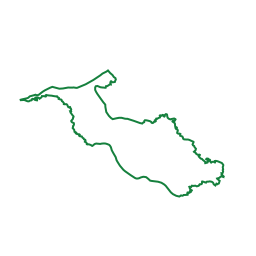 outline of District #1, Grand Bassa, Liberia, rotated 120°
{"feature_id": "62588387B32884824633153", "entity_name": "District #1", "entity_type": "district", "adm_level": 2, "iso_a3": "LBR", "parent_name": "Liberia", "parent_adm1": "Grand Bassa", "projection": "equal_earth", "projection_center": [-10.179, 6.235], "detail": "fine", "context": "isolated", "style": "outline", "palette": "green", "viewbox_px": 256, "rotation_deg": 120, "n_neighbors": 0, "source": "geoboundaries", "source_scale": "gbopen_adm2", "svg_char_len": 5843}
<svg xmlns="http://www.w3.org/2000/svg" viewBox="0 0 256 256"><g transform="rotate(120 128 128)"><path d="M157.5,234.8L155.6,231.9L155.1,228.4L154.5,227.2L153.3,226.6L152.5,225.6L152.0,225.3L151.3,225.7L150.4,225.2L150.1,224.3L150.2,222.7L149.8,221.2L149.5,220.6L148.0,221.4L147.8,221.9L148.5,223.0L148.4,223.4L147.9,223.4L147.3,222.4L146.6,221.2L146.6,220.0L146.7,219.7L146.8,219.2L146.1,219.1L145.7,218.7L144.9,218.4L144.2,218.3L143.4,218.5L142.5,216.8L141.9,215.0L141.5,214.9L140.8,215.6L140.3,215.4L140.0,214.3L139.3,212.6L138.1,210.1L137.7,208.8L136.8,206.5L136.0,205.3L136.1,204.9L136.5,204.7L136.6,204.2L136.5,202.8L136.7,202.6L137.2,202.6L137.5,202.5L137.2,201.2L136.8,200.1L137.0,199.4L137.3,199.2L137.8,198.6L137.8,197.7L138.7,195.6L139.2,195.6L139.4,195.5L139.1,194.7L138.7,194.1L138.1,193.1L138.5,191.9L139.4,190.8L139.8,190.0L139.6,189.4L139.3,189.3L138.8,188.7L139.1,188.2L139.8,187.7L139.9,187.0L140.4,186.4L141.7,186.1L142.1,185.5L142.4,185.6L142.6,186.3L143.4,185.4L143.7,184.6L144.7,182.4L145.1,181.1L145.5,180.7L146.4,180.8L147.5,180.3L150.3,180.7L150.8,180.1L151.0,179.4L150.9,177.3L151.9,176.6L153.0,176.4L153.9,176.6L154.3,176.2L155.7,175.9L156.4,173.8L157.0,173.3L157.8,172.6L158.1,172.3L157.8,171.5L157.9,170.5L158.1,170.5L158.7,170.5L158.8,169.9L158.7,169.3L158.2,167.8L157.8,166.9L158.0,166.4L158.8,166.5L159.0,166.5L159.3,166.0L159.0,165.0L158.4,163.8L159.1,162.6L159.2,161.9L159.2,161.2L159.8,160.5L159.6,159.1L160.4,158.3L160.9,158.4L161.3,158.6L161.5,158.5L161.4,157.6L162.0,155.5L162.6,155.4L162.4,154.7L161.7,153.8L161.3,151.6L161.5,150.6L161.3,149.9L160.3,149.5L158.6,148.9L157.4,147.8L155.7,144.1L154.6,142.9L153.4,141.1L152.7,139.7L152.3,138.0L152.0,136.0L152.3,134.8L153.2,133.2L155.4,130.9L157.0,128.3L159.4,124.1L161.6,121.8L162.7,119.9L164.7,116.1L166.5,111.1L166.9,108.9L167.5,102.3L167.7,98.5L167.8,97.2L167.6,95.6L167.0,94.5L166.1,93.4L164.3,92.1L162.6,90.4L161.9,88.8L161.5,87.6L161.9,85.1L162.5,82.5L162.0,81.0L159.5,75.1L158.7,71.7L158.8,68.5L159.2,66.4L162.3,58.7L162.8,56.0L162.6,52.3L161.7,49.3L160.6,48.7L160.0,48.5L159.7,48.0L159.6,47.2L158.7,46.4L158.2,46.3L156.6,43.8L156.4,43.8L156.3,43.3L156.0,43.0L155.6,43.3L154.5,43.2L154.5,43.7L154.7,44.0L154.1,44.2L153.9,44.0L153.5,43.1L153.3,42.4L152.1,42.7L152.0,42.3L152.1,41.8L151.9,41.6L151.6,41.7L151.3,42.1L150.7,42.0L150.3,41.5L150.1,41.5L150.0,41.8L150.2,42.5L150.2,43.3L149.7,43.5L149.3,44.4L148.5,45.0L148.3,45.5L148.1,45.4L147.8,44.7L147.5,44.3L147.4,43.8L147.2,43.8L146.0,43.8L145.6,42.6L145.0,41.9L144.9,41.6L144.3,40.9L144.1,39.2L143.4,38.6L143.2,38.3L142.0,37.6L141.5,37.9L140.9,37.8L139.9,36.3L139.3,36.2L138.4,36.5L137.7,37.0L137.2,37.0L136.8,35.7L136.6,34.1L136.3,33.2L135.9,33.3L135.1,32.9L134.3,31.6L133.6,30.8L133.3,30.4L132.7,28.6L132.7,27.7L132.9,26.9L133.4,26.1L133.9,25.6L134.1,23.6L132.0,23.6L132.0,23.2L132.1,22.5L132.0,22.4L131.4,22.2L130.6,21.6L127.9,22.2L127.7,23.7L127.4,24.5L127.4,25.3L127.2,25.6L126.1,24.5L125.5,24.0L124.0,23.5L123.2,23.1L123.1,22.8L123.1,22.5L122.8,21.2L122.7,21.3L122.6,21.1L122.2,20.9L122.0,21.2L121.9,22.0L122.0,22.7L121.7,23.3L121.4,23.0L120.8,23.8L120.4,24.4L119.8,23.6L118.3,23.8L118.1,24.0L117.8,24.1L117.3,24.8L116.9,25.0L116.3,24.9L114.5,26.4L113.3,26.6L112.5,26.9L112.2,27.2L111.4,29.3L112.0,33.8L112.6,35.6L113.1,36.2L113.5,36.0L113.9,35.5L114.3,35.4L114.5,35.8L114.4,36.5L114.5,37.2L115.3,38.2L116.4,38.7L116.3,39.3L115.7,40.1L115.5,40.7L115.0,40.7L114.7,40.9L114.6,41.4L114.8,42.3L114.7,42.7L114.5,43.1L114.9,44.3L115.3,44.6L115.9,44.7L116.0,42.9L116.2,41.9L116.5,41.7L117.1,41.9L117.4,42.2L118.1,41.9L118.4,42.1L118.4,42.8L118.8,43.2L119.2,42.9L119.6,43.2L119.8,43.5L118.8,44.1L118.5,45.3L118.3,46.9L118.0,47.9L117.8,48.5L118.1,49.5L117.9,50.6L117.3,52.5L116.9,52.8L116.7,52.8L115.9,52.2L115.4,52.3L115.4,52.9L116.3,54.0L116.3,55.9L116.0,56.6L115.8,56.7L115.6,57.5L115.7,58.6L115.6,59.0L113.5,58.4L112.0,58.8L111.3,60.8L110.5,61.7L110.5,63.0L109.9,63.9L107.6,64.1L107.2,64.4L107.5,67.1L107.6,68.8L108.0,70.3L108.9,71.9L109.8,73.7L109.7,74.9L108.9,75.6L108.2,76.6L108.6,79.0L107.8,79.4L107.0,79.6L107.0,80.4L107.8,81.6L107.7,82.9L107.0,83.3L106.1,83.3L105.1,83.7L104.6,84.5L104.9,85.6L104.5,86.4L104.3,86.3L104.0,85.9L103.5,85.8L103.2,85.9L103.1,86.4L103.2,87.0L103.5,87.5L102.7,88.2L101.8,88.8L100.6,89.7L100.3,90.7L100.2,92.5L100.1,92.8L99.7,92.9L99.1,92.4L99.1,91.5L98.8,91.2L98.2,91.2L96.8,91.1L96.6,91.4L96.7,92.8L98.7,95.1L99.3,95.5L99.5,96.3L99.6,97.4L99.3,98.7L99.1,98.9L98.6,99.6L97.1,100.7L96.8,101.1L96.8,101.5L97.1,102.2L98.2,102.6L99.4,102.1L99.9,102.2L100.0,102.7L99.2,104.1L99.3,104.5L99.5,104.8L100.4,104.8L100.8,105.3L100.9,106.2L100.9,106.5L101.3,106.7L102.0,105.8L102.9,105.6L104.0,106.6L105.2,107.2L105.9,107.6L105.8,108.2L107.4,108.3L107.8,108.5L108.1,107.4L108.7,107.5L110.1,108.8L110.8,108.7L111.6,109.5L111.6,110.3L111.1,111.1L111.1,112.3L111.6,114.2L112.2,116.0L112.8,117.2L113.8,117.4L114.9,116.9L115.8,117.6L117.0,117.9L117.7,120.0L118.9,126.6L120.3,133.0L121.4,135.1L122.4,138.7L123.6,140.8L125.4,142.9L128.0,145.7L127.8,147.9L127.0,150.7L125.0,154.8L121.1,158.1L119.1,159.4L118.0,162.4L116.3,166.2L113.8,171.6L112.6,173.8L111.4,175.5L109.3,176.7L108.0,176.8L106.9,175.5L106.5,172.3L105.8,170.6L105.2,169.4L104.7,168.2L104.3,167.5L102.7,167.9L102.1,166.9L99.9,165.8L99.2,165.6L98.9,164.6L98.4,164.9L98.0,165.5L97.3,166.1L96.2,166.2L95.9,165.8L96.1,165.1L96.1,164.2L95.7,163.6L94.7,162.4L93.5,162.7L92.1,162.8L91.1,163.8L90.9,165.9L89.9,167.8L89.3,171.0L88.2,174.1L89.8,174.8L93.6,177.3L96.2,178.3L103.7,182.0L111.3,186.5L118.5,192.0L119.1,192.8L120.1,195.4L121.0,196.6L122.9,200.1L126.3,204.1L128.3,207.1L130.2,214.1L132.2,215.7L137.1,218.9L139.2,220.0L141.3,220.9L143.5,221.7L144.8,222.7L145.3,223.6L145.4,224.7L147.0,226.2L149.7,228.9L151.7,229.5L152.7,230.3L156.2,234.1L157.2,235.1L157.5,234.8Z" fill="none" stroke="#15803d" stroke-width="2"/></g></svg>